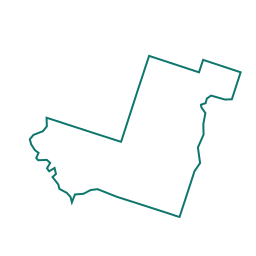 Muskogee, Oklahoma, United States of America, rotated 108°
{"feature_id": "52423323B58329438653924", "entity_name": "Muskogee", "entity_type": "district", "adm_level": 2, "iso_a3": "USA", "parent_name": "United States of America", "parent_adm1": "Oklahoma", "projection": "orthographic", "projection_center": [-95.338, 35.56], "detail": "fine", "context": "isolated", "style": "outline", "palette": "teal", "viewbox_px": 256, "rotation_deg": 108, "n_neighbors": 0, "source": "geoboundaries", "source_scale": "gbopen_adm2", "svg_char_len": 823}
<svg xmlns="http://www.w3.org/2000/svg" viewBox="0 0 256 256"><g transform="rotate(108 128 128)"><path d="M52.9,130.2L65.4,130.3L74.7,130.3L87.8,130.4L141.2,130.3L143.3,130.4L143.4,155.7L143.4,208.6L151.5,205.7L157.3,207.9L163.8,215.8L169.1,217.9L173.5,215.0L177.8,209.7L179.3,205.4L184.9,206.0L186.4,203.4L183.4,195.3L185.3,191.2L191.3,192.6L193.5,189.6L188.7,185.5L194.0,182.3L198.0,184.6L203.2,176.9L207.1,174.4L208.6,166.2L211.3,161.4L216.0,158.4L207.6,157.9L204.3,150.0L198.5,144.3L195.6,138.1L196.9,117.0L196.8,104.0L196.7,56.6L196.8,55.8L196.7,51.5L162.8,51.4L157.5,51.4L148.5,51.4L139.1,48.6L124.9,55.5L110.9,54.1L100.9,57.6L91.6,58.8L89.9,59.0L85.8,64.5L83.3,65.8L80.4,61.9L75.6,62.1L71.5,59.0L71.0,44.7L68.6,38.1L40.2,38.1L40.0,77.6L53.1,77.7L52.9,130.2Z" fill="none" stroke="#0f766e" stroke-width="2"/></g></svg>